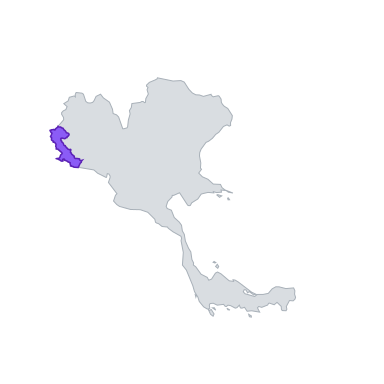 Thailand, with Mae Hong Son highlighted, rotated 320°
{"feature_id": "THA-374", "entity_name": "Mae Hong Son", "entity_type": "Province", "adm_level": 1, "iso_a3": "THA", "parent_name": "Thailand", "parent_adm1": "", "projection": "albers", "projection_center": [98.108, 18.681], "detail": "fine", "context": "in_parent", "style": "filled", "palette": "violet", "viewbox_px": 384, "rotation_deg": 320, "n_neighbors": 0, "source": "natural_earth", "source_scale": "10m", "svg_char_len": 7865}
<svg xmlns="http://www.w3.org/2000/svg" viewBox="0 0 384 384"><g transform="rotate(320 192 192)"><path d="M163.5,42.7L163.8,44.2L165.3,42.2L167.2,41.3L171.2,45.5L171.7,47.3L168.9,54.3L169.4,56.6L171.2,58.4L173.4,59.5L175.7,59.1L180.0,57.1L184.8,58.3L184.6,62.9L186.5,70.1L184.3,77.5L182.0,81.2L183.8,84.4L184.0,87.4L179.6,99.0L180.5,99.8L183.5,101.1L184.7,100.6L189.5,96.0L194.8,92.4L196.4,89.4L199.8,88.3L202.8,85.6L209.9,90.1L211.7,90.4L212.7,91.2L213.1,93.1L213.9,93.4L216.8,90.7L221.5,88.9L223.3,84.8L225.5,83.6L225.2,81.6L225.9,80.9L229.8,80.6L235.9,82.5L238.0,82.9L238.9,82.3L248.8,94.8L255.1,99.5L256.7,102.8L255.6,111.4L255.9,116.3L257.4,120.0L260.1,122.5L262.2,126.1L269.4,129.4L268.9,130.4L269.4,132.7L274.0,135.1L274.4,136.0L274.0,139.5L272.1,142.2L271.7,144.4L271.8,147.0L273.1,151.0L272.0,159.4L269.5,161.8L266.1,163.6L264.3,165.9L262.8,165.4L262.0,163.1L258.2,162.0L250.9,163.5L247.2,163.1L242.2,164.0L237.4,163.8L234.6,163.0L226.6,165.0L223.2,166.8L220.9,169.2L217.4,175.4L213.8,179.2L213.9,180.7L209.3,181.8L209.7,187.0L212.4,192.5L213.4,199.6L218.7,204.5L217.8,208.0L218.5,211.4L222.7,219.1L219.7,215.5L219.1,212.9L215.5,209.1L214.5,211.1L210.4,208.2L208.6,205.4L208.1,206.7L204.0,202.6L199.9,200.5L197.7,199.5L192.0,201.1L184.8,200.1L182.1,201.2L180.9,200.6L180.2,199.3L182.0,184.6L175.8,182.8L174.7,181.9L173.4,183.0L167.3,183.7L163.0,186.4L162.4,188.7L164.5,192.7L162.0,200.1L162.9,206.9L162.6,210.7L159.6,215.6L158.9,219.4L155.4,225.3L153.2,232.8L152.6,237.1L148.5,243.7L147.6,247.4L146.1,248.8L146.8,251.7L146.1,260.8L148.8,267.3L148.1,270.3L151.0,271.3L157.8,269.2L160.1,269.7L161.6,273.3L163.4,283.9L166.4,287.2L167.0,285.6L168.4,287.2L169.5,290.4L173.3,307.1L175.3,311.5L173.1,310.4L171.8,305.1L169.8,305.0L170.4,301.6L169.2,300.4L167.1,301.4L167.2,304.0L172.8,312.3L176.2,312.5L180.5,316.1L185.3,318.7L191.2,317.7L195.3,318.5L197.8,320.7L201.8,326.3L208.2,330.8L207.3,333.8L204.9,336.2L203.6,339.3L201.9,340.3L199.5,340.4L196.9,337.8L190.7,340.3L189.3,342.8L187.7,343.4L184.9,340.8L185.1,339.3L186.8,337.0L186.2,331.2L182.5,331.2L179.9,326.9L179.1,326.5L177.3,327.2L171.3,325.2L169.5,322.6L167.7,322.8L166.6,327.5L161.3,321.3L157.6,318.8L158.1,314.1L155.6,313.1L154.6,311.9L155.5,309.1L152.1,309.5L150.5,308.8L148.5,303.8L146.8,301.8L144.6,301.8L143.9,300.8L144.0,298.4L138.6,294.9L136.8,290.9L134.2,289.1L132.6,289.7L130.9,292.5L129.7,292.3L128.5,291.5L127.1,287.5L127.2,280.5L128.9,276.4L129.9,269.9L132.4,264.3L137.5,248.2L137.7,241.8L146.5,232.7L152.3,222.3L154.3,220.7L155.1,218.8L151.9,210.4L150.5,204.6L150.7,203.1L146.9,199.2L146.0,194.6L145.0,193.2L144.6,191.7L146.0,189.0L145.1,179.1L141.0,172.3L133.7,165.9L127.2,156.5L126.3,153.2L126.1,148.5L131.3,145.3L133.4,145.1L134.1,131.0L138.5,128.3L139.5,127.2L139.9,124.8L138.9,123.5L136.0,125.8L135.4,125.3L131.8,117.0L131.0,112.0L116.5,95.0L117.2,92.1L115.1,84.8L113.0,84.7L111.5,83.4L110.1,80.1L112.8,80.5L117.3,78.7L116.6,71.6L118.5,67.5L118.8,60.6L122.2,56.7L122.6,54.7L124.5,54.4L127.0,55.9L129.5,55.9L140.1,54.2L141.5,52.3L142.1,48.6L143.2,47.4L145.6,47.1L148.3,47.8L151.2,46.3L150.6,41.9L155.7,42.6L158.9,40.6L163.5,42.7ZM131.2,294.4L130.5,299.6L128.3,300.7L127.6,297.6L128.9,292.8L129.5,293.9L131.2,294.4ZM164.9,263.6L164.6,266.2L162.7,267.0L162.2,264.2L164.9,263.6ZM210.0,210.5L212.3,214.1L209.7,213.8L209.1,210.3L210.0,210.5ZM157.0,326.0L155.8,324.4L156.8,322.1L157.8,325.0L157.0,326.0ZM134.7,295.0L134.2,297.8L133.2,293.9L134.7,295.0ZM164.9,261.4L163.9,261.1L163.0,259.4L164.3,259.4L164.9,261.4ZM144.0,303.5L145.2,306.8L143.8,305.3L144.0,303.5ZM216.1,219.9L215.8,222.1L214.6,221.2L215.3,219.6L216.1,219.9ZM128.7,274.1L127.4,275.0L128.4,272.9L128.7,274.1Z" fill="#d9dde1" stroke="#a8b0b8" stroke-width="1"/><path d="M123.2,53.5L123.5,53.8L123.7,54.1L124.0,54.2L124.5,54.1L124.9,54.3L125.7,55.0L126.3,55.3L126.5,55.3L126.6,55.5L126.5,56.0L126.9,56.4L127.4,56.3L128.3,55.9L129.1,55.9L130.0,56.0L130.9,55.9L131.6,55.6L131.6,55.8L131.7,56.2L131.7,56.4L131.9,56.7L132.0,56.8L132.3,57.1L132.5,57.2L132.9,57.5L133.0,57.6L133.1,58.2L133.1,58.3L133.2,58.6L133.3,58.7L133.4,58.9L133.5,58.9L133.5,59.0L133.5,59.4L133.6,59.5L133.8,59.7L133.9,59.8L134.0,59.9L134.1,60.0L134.2,60.4L134.1,60.5L134.1,60.8L134.0,61.1L134.0,61.5L134.0,61.8L133.9,62.0L133.9,62.4L134.0,62.5L134.1,62.8L134.1,63.1L134.2,63.3L134.2,63.5L134.2,64.0L134.2,64.4L134.0,65.3L133.8,65.8L133.9,66.0L134.0,66.2L134.4,66.5L134.5,66.7L135.0,67.5L135.1,68.1L135.0,68.4L134.9,68.8L134.7,69.0L134.4,69.3L134.1,69.3L133.8,69.3L133.7,69.3L133.3,69.6L133.2,69.6L132.9,69.6L132.7,69.6L132.2,69.4L131.9,69.4L131.7,69.4L131.6,69.5L131.4,69.9L131.3,70.0L131.2,70.0L131.0,69.8L130.8,69.7L130.5,69.6L130.2,69.5L129.9,69.5L129.3,69.5L129.1,69.5L128.9,69.4L128.7,69.3L128.7,69.2L128.5,68.9L128.3,68.7L128.2,68.6L128.1,68.4L127.8,68.2L127.7,68.1L127.5,67.6L127.1,67.2L126.9,67.1L126.7,67.1L126.6,66.9L126.4,66.8L126.3,66.7L126.0,66.8L125.8,66.8L125.7,67.0L125.4,67.1L125.3,67.6L125.2,67.8L125.1,68.0L124.8,68.2L124.7,68.3L124.6,68.5L124.9,69.1L124.9,69.3L124.5,70.1L124.4,70.2L124.4,70.3L124.5,70.5L124.7,71.0L124.7,71.3L124.7,71.8L124.5,72.4L124.0,73.7L124.0,73.8L124.0,74.0L124.2,74.6L124.3,74.8L124.5,74.8L124.7,75.0L124.6,75.4L124.5,75.6L124.4,75.8L124.4,76.0L124.4,76.3L124.4,76.6L124.5,77.0L124.5,77.3L124.4,77.3L124.3,77.5L124.3,77.8L124.6,78.2L124.6,78.3L124.6,79.1L124.6,79.3L124.5,79.5L124.9,80.1L125.4,80.8L125.5,80.8L125.9,81.0L126.2,81.2L126.3,81.2L126.4,81.3L126.4,81.5L126.2,81.7L126.2,81.8L125.9,81.7L125.7,81.7L125.6,81.8L125.5,82.0L125.4,82.3L125.3,82.6L125.2,82.7L124.4,83.4L124.3,83.5L124.3,83.8L124.3,84.0L124.5,84.2L124.6,84.3L124.6,84.6L124.5,84.8L124.4,85.0L124.1,85.9L124.1,86.0L124.3,86.3L124.4,86.5L124.5,86.8L124.5,87.3L124.4,87.4L124.4,87.7L124.4,87.8L124.5,88.0L124.7,88.3L124.8,88.5L124.8,88.8L124.8,89.0L124.7,89.1L124.4,89.2L124.3,89.3L124.2,89.5L124.1,90.0L123.9,90.3L124.0,90.5L124.0,90.9L124.2,91.2L124.2,91.4L124.3,91.5L124.7,91.8L125.3,92.2L125.9,92.9L126.0,93.0L126.4,93.5L126.5,93.6L126.8,93.8L126.9,94.0L127.0,94.1L127.1,94.4L127.1,94.5L126.8,94.7L126.7,94.8L126.7,95.0L126.6,95.3L126.5,95.5L126.8,95.9L126.9,96.2L126.9,96.4L127.1,96.6L128.3,97.1L127.2,97.3L126.8,97.6L126.6,97.7L126.4,98.0L126.2,98.1L125.5,98.1L124.8,98.1L124.6,98.2L124.4,98.3L122.2,99.3L121.9,99.5L121.7,99.7L120.8,99.7L120.5,100.0L117.8,97.4L117.6,97.2L117.4,96.9L117.4,96.6L117.4,96.4L117.4,96.2L117.2,96.0L116.7,95.6L116.6,95.3L116.5,95.0L116.3,94.8L116.1,94.6L115.9,94.3L116.4,94.2L116.1,93.3L116.3,93.0L116.8,92.0L117.3,91.6L117.5,91.4L117.4,91.2L117.3,90.8L117.2,90.7L116.9,90.0L116.9,89.8L116.8,89.7L116.5,89.6L116.4,89.5L116.3,89.3L116.3,89.2L116.4,88.9L116.4,88.7L116.2,88.3L116.1,88.1L116.1,87.9L116.0,87.6L115.0,86.2L114.8,85.8L114.9,85.6L115.2,85.5L115.3,85.2L115.3,84.8L115.2,84.5L115.0,84.3L114.0,83.9L113.7,84.0L113.3,85.0L113.2,85.2L113.1,85.3L112.7,85.1L112.2,84.8L111.9,84.4L111.6,83.9L111.5,83.4L111.5,82.9L111.4,82.5L110.9,81.7L110.5,80.7L110.4,80.4L110.2,80.0L109.7,79.6L109.6,79.4L110.2,79.5L110.4,79.6L110.7,80.2L110.8,80.4L110.9,80.5L111.1,80.7L111.3,80.7L111.8,80.6L112.7,80.6L113.5,80.3L114.8,79.4L115.2,79.2L116.3,79.3L117.2,79.0L117.3,79.0L117.5,78.8L117.6,77.9L117.5,77.1L117.3,76.3L117.2,75.5L117.2,75.0L117.1,74.7L116.9,73.9L116.8,73.7L116.9,73.2L116.8,72.9L116.6,72.7L116.2,72.4L115.7,71.9L115.6,71.7L115.8,71.5L116.2,71.2L116.5,70.9L116.7,70.6L116.8,69.8L117.0,69.4L118.2,68.4L118.5,68.1L118.6,67.8L118.7,66.2L118.7,65.8L118.5,65.5L118.4,65.3L117.8,64.8L117.7,64.6L117.8,64.4L118.0,64.4L118.4,64.3L118.5,63.9L118.4,63.6L118.1,63.2L118.0,62.7L117.9,62.5L117.8,62.1L117.8,61.9L118.4,61.0L119.1,60.5L119.3,60.2L119.4,59.9L119.3,59.7L119.2,59.5L119.2,59.1L119.2,58.7L119.4,58.4L120.1,58.3L121.3,57.7L121.5,57.6L121.8,57.2L122.1,57.0L122.3,57.0L122.5,57.0L122.6,56.7L122.6,56.3L122.4,55.6L122.4,55.2L122.7,53.8L122.8,53.6L123.2,53.5Z" fill="#8b5cf6" stroke="#5b21b6" stroke-width="1.5"/></g></svg>